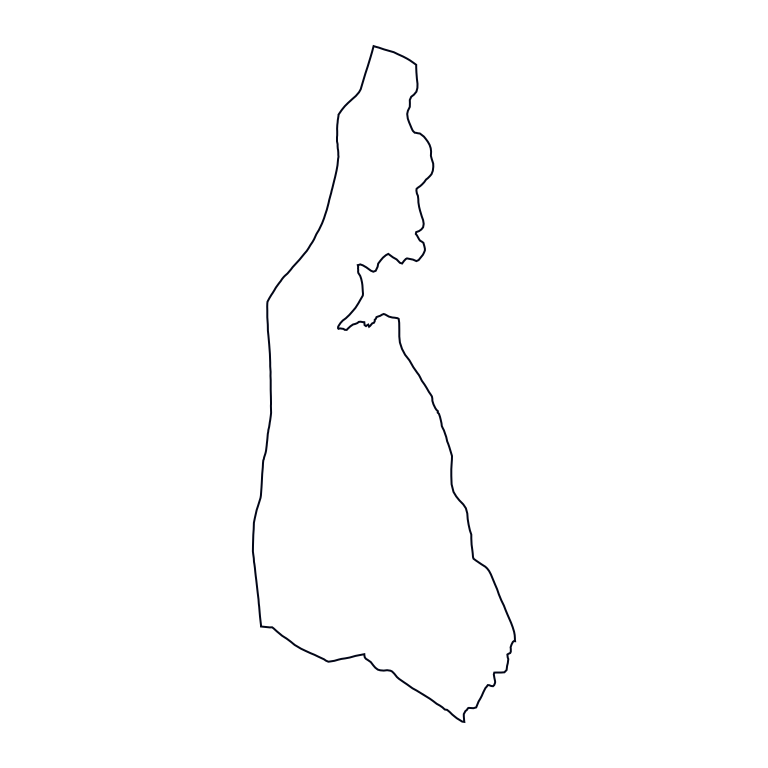 the district of Peam Chor, Prey Vêng, Cambodia
{"feature_id": "14789045B80161198747042", "entity_name": "Peam Chor", "entity_type": "district", "adm_level": 2, "iso_a3": "KHM", "parent_name": "Cambodia", "parent_adm1": "Prey Vêng", "projection": "equal_earth", "projection_center": [105.272, 11.043], "detail": "fine", "context": "isolated", "style": "outline", "palette": "ink", "viewbox_px": 768, "rotation_deg": 0, "n_neighbors": 0, "source": "geoboundaries", "source_scale": "gbopen_adm2", "svg_char_len": 6099}
<svg xmlns="http://www.w3.org/2000/svg" viewBox="0 0 768 768"><path d="M261.0,626.5L269.8,627.4L272.1,627.3L273.5,628.3L276.9,631.4L282.2,635.8L286.9,638.8L290.9,641.8L294.6,644.9L298.0,646.9L301.0,648.7L305.6,650.9L310.6,653.2L314.5,654.8L318.2,656.6L324.0,659.3L326.0,660.7L328.4,661.7L330.0,661.5L334.4,660.8L338.6,659.6L341.5,658.9L345.1,658.4L349.8,657.5L355.5,655.9L364.3,654.2L364.4,655.5L364.8,657.4L365.9,658.8L368.1,660.2L370.8,662.1L373.4,665.5L375.3,667.7L377.8,669.6L380.2,670.3L383.8,670.6L387.1,670.2L390.5,670.7L392.1,671.5L394.3,673.7L397.0,677.1L399.2,679.0L404.4,682.6L406.8,684.2L412.5,688.3L416.7,690.6L427.1,697.0L430.0,698.8L433.2,701.1L436.7,703.8L439.9,705.6L442.5,707.4L444.8,709.5L447.1,709.9L449.7,712.0L452.2,714.5L454.4,716.3L456.9,718.3L459.2,719.7L462.2,721.6L464.3,721.9L464.1,720.1L463.8,716.2L463.8,714.1L465.4,711.1L466.9,709.9L467.9,708.3L468.8,707.9L473.4,708.2L476.2,707.4L478.6,701.5L480.4,698.5L481.8,695.8L483.3,692.3L485.0,688.9L485.6,687.8L486.5,686.9L487.8,685.1L489.2,685.2L491.2,686.0L493.0,686.2L494.2,685.1L495.1,682.7L495.1,681.3L494.4,678.0L493.8,674.4L494.3,672.6L497.5,672.5L501.6,672.5L504.4,672.3L506.6,670.0L507.1,665.9L507.8,663.1L508.1,660.6L508.3,659.1L507.7,657.4L507.4,654.5L508.3,653.9L510.2,653.0L510.8,651.7L510.8,648.9L510.6,647.3L511.6,644.4L512.9,641.9L513.9,641.1L515.1,641.2L514.9,639.5L514.9,638.2L514.7,635.1L514.1,631.8L512.7,627.2L511.1,622.9L507.4,614.4L505.5,609.8L503.9,605.6L501.3,600.3L498.8,594.2L497.1,589.2L494.9,584.1L490.9,574.4L489.1,571.0L487.2,568.5L485.3,566.7L481.2,564.1L476.2,560.7L473.5,558.7L473.0,557.0L472.7,553.2L472.3,549.8L471.6,544.7L471.3,538.4L471.3,534.6L469.9,530.4L468.6,524.6L467.7,519.0L467.3,513.5L465.9,508.3L463.3,504.4L459.4,500.4L456.2,496.4L453.5,491.9L451.6,484.3L451.3,475.8L451.3,469.3L451.6,464.1L451.9,459.9L452.0,456.0L449.3,447.0L448.2,443.8L447.2,441.4L446.2,436.9L445.2,434.1L443.9,430.3L442.8,428.2L441.8,426.0L441.5,423.3L440.7,419.7L440.0,416.9L439.4,415.1L438.9,413.7L437.7,412.6L437.9,411.2L436.5,409.9L435.3,408.1L433.5,404.4L432.4,400.9L432.3,398.4L431.9,396.4L430.7,394.5L428.9,391.9L426.5,387.7L424.5,384.5L421.8,380.7L420.2,377.4L418.9,375.0L417.3,372.9L413.4,367.3L409.4,360.3L405.1,354.8L402.0,348.9L399.9,342.5L399.3,336.5L399.3,329.6L399.2,322.8L398.7,318.9L397.6,318.2L394.6,317.7L392.3,317.5L388.9,316.6L385.2,314.5L383.7,314.0L382.0,314.7L380.2,315.8L377.8,316.6L376.5,317.1L375.9,318.7L374.7,319.9L374.8,321.0L374.0,322.7L372.2,323.4L370.1,325.9L369.1,326.7L368.2,324.6L367.0,325.3L366.0,326.1L364.6,325.1L364.3,322.2L362.7,322.1L360.6,321.7L358.8,321.9L357.3,323.1L355.3,323.9L353.0,324.5L350.4,326.3L347.9,328.6L346.7,329.9L344.7,329.8L343.5,328.9L340.0,328.4L338.5,328.8L338.0,328.1L338.2,326.6L339.1,325.1L340.5,323.0L342.8,320.5L345.8,318.3L349.4,314.9L352.8,311.0L355.5,307.8L358.5,303.1L360.3,299.9L362.8,295.6L363.0,293.7L362.8,291.5L362.4,285.1L362.0,282.4L361.2,278.8L360.2,275.9L358.3,272.9L358.1,271.5L358.2,270.0L358.0,268.1L358.2,267.1L357.8,265.1L358.9,264.9L360.2,264.4L362.8,265.3L366.4,267.4L370.9,270.7L373.3,271.7L375.7,270.8L377.6,266.8L378.2,263.6L380.8,260.2L383.0,257.6L385.9,255.2L388.3,253.9L392.9,257.3L396.6,259.4L399.9,262.8L402.1,263.5L404.0,260.9L405.8,259.0L407.0,258.4L413.0,259.6L416.4,261.1L418.6,260.1L422.9,254.8L424.1,252.4L424.9,250.4L424.9,248.7L424.4,246.4L423.4,242.8L421.6,241.5L420.2,240.8L419.2,239.5L418.1,237.5L416.9,235.3L415.8,234.0L416.2,232.1L419.0,231.1L421.3,229.5L423.1,227.3L423.7,223.9L423.1,220.1L421.8,216.5L420.7,212.8L420.0,210.5L419.1,206.8L418.4,202.4L418.3,199.1L417.9,195.8L416.9,193.5L416.4,190.6L416.6,188.8L418.0,187.6L420.2,186.1L422.0,184.5L424.2,182.2L426.1,179.5L427.7,178.3L429.9,176.1L431.5,174.2L432.8,170.8L433.3,166.8L433.2,163.6L431.7,158.9L430.9,155.8L431.1,151.5L430.7,148.2L429.6,144.9L427.8,141.7L425.6,138.7L423.9,136.6L421.7,134.9L419.9,133.5L418.1,133.3L415.9,132.8L414.7,132.7L413.0,131.0L412.4,130.0L411.4,127.8L410.5,125.6L409.1,122.3L407.8,118.6L407.2,114.0L407.9,110.8L409.8,106.9L409.9,103.3L409.8,100.0L411.2,96.8L413.9,94.7L416.4,91.7L417.4,87.9L417.5,83.8L416.9,78.7L416.4,72.2L416.2,67.2L416.2,64.8L413.3,62.7L409.7,60.2L406.8,58.5L403.2,56.6L397.9,54.2L393.8,52.2L384.0,49.4L378.8,47.6L376.1,46.9L373.6,46.1L372.1,51.8L370.5,57.3L367.7,66.5L365.4,73.5L361.7,85.9L360.7,89.3L359.0,92.3L355.8,96.0L352.6,98.8L347.9,103.1L344.9,106.1L342.6,108.9L341.3,110.6L338.5,114.7L338.5,115.7L338.1,118.3L337.8,120.0L337.6,122.6L337.3,124.9L337.1,128.7L337.2,131.2L337.2,135.3L337.0,137.1L337.0,139.3L337.0,141.4L337.6,144.2L337.6,146.3L337.8,148.8L338.1,150.2L338.3,152.8L338.3,154.9L338.5,156.8L338.1,158.9L337.5,165.3L336.5,170.8L335.7,174.4L335.1,177.1L334.2,180.6L332.3,188.4L331.8,190.1L331.1,193.2L330.5,195.3L329.2,200.1L328.7,202.5L328.3,204.1L326.8,209.8L325.0,215.2L324.1,218.1L323.1,220.7L322.1,223.3L321.2,225.2L318.9,230.0L317.3,232.6L316.3,234.3L314.1,239.2L312.5,242.0L310.4,245.1L308.7,248.0L306.8,250.9L304.3,253.8L299.5,259.7L292.7,267.1L290.9,269.5L287.5,273.5L285.0,275.7L283.9,276.8L282.8,278.1L281.8,279.4L280.8,281.0L280.0,282.0L278.9,283.4L276.0,287.4L275.1,288.9L274.5,290.0L274.0,290.8L272.4,293.4L271.6,294.5L270.2,296.8L269.3,298.3L267.5,301.7L267.3,303.5L267.2,306.8L267.3,310.5L267.3,313.7L267.3,317.3L267.8,324.7L267.9,330.7L268.4,335.4L269.2,344.4L269.9,353.9L270.2,362.4L270.2,366.3L270.6,371.9L270.5,375.9L270.7,380.1L270.7,389.6L270.9,396.7L271.0,402.1L271.0,404.1L270.9,405.8L271.1,412.9L270.8,415.6L270.2,420.1L269.8,422.3L269.5,424.5L269.1,427.1L268.4,429.9L268.2,431.9L267.8,433.8L267.4,438.6L267.2,440.7L266.9,443.2L266.7,445.4L266.1,450.3L265.8,451.9L265.4,453.5L264.1,457.5L263.8,459.2L263.3,460.3L263.0,463.2L262.8,467.3L262.2,474.1L261.8,482.2L261.5,487.4L260.9,495.6L260.5,498.0L258.0,506.0L256.7,509.9L254.8,518.3L253.9,522.8L253.7,529.1L253.3,534.8L253.0,544.9L252.9,551.4L253.2,554.0L253.8,558.3L254.0,561.9L254.4,564.1L254.9,567.9L255.3,572.1L255.7,575.7L256.3,580.4L257.7,592.8L258.5,599.3L258.8,603.6L259.2,606.9L259.6,611.9L260.0,616.5L260.6,621.8L261.0,625.2L261.0,626.5Z" fill="none" stroke="#020617" stroke-width="2"/></svg>